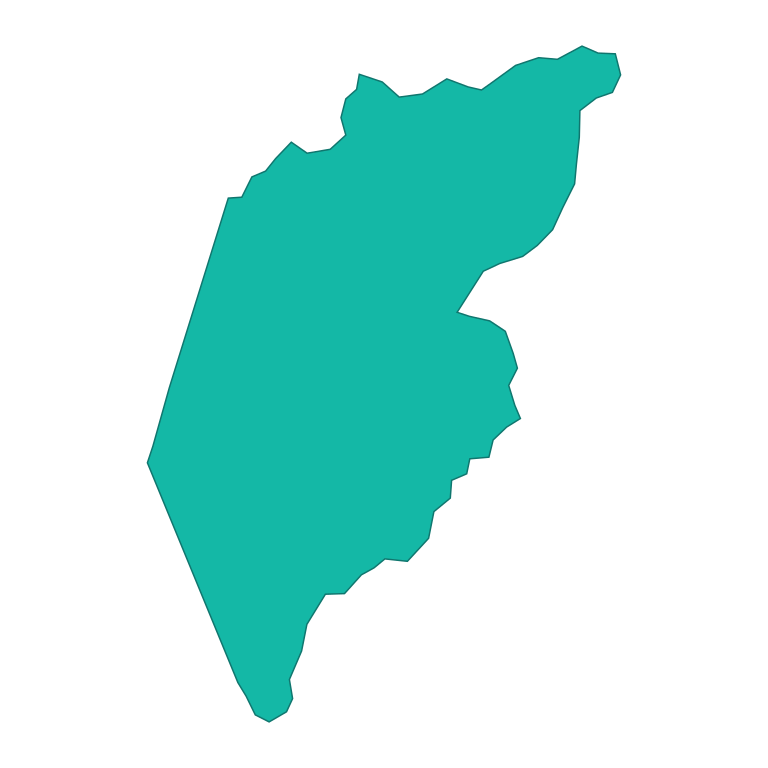 the district of Condado, Pernambuco, Brazil
{"feature_id": "56859067B41671423367831", "entity_name": "Condado", "entity_type": "district", "adm_level": 2, "iso_a3": "BRA", "parent_name": "Brazil", "parent_adm1": "Pernambuco", "projection": "natural_earth1", "projection_center": [-35.084, -7.604], "detail": "fine", "context": "isolated", "style": "filled", "palette": "teal", "viewbox_px": 768, "rotation_deg": 0, "n_neighbors": 0, "source": "geoboundaries", "source_scale": "gbopen_adm2", "svg_char_len": 1025}
<svg xmlns="http://www.w3.org/2000/svg" viewBox="0 0 768 768"><path d="M237.9,682.6L246.1,696.1L255.3,714.9L269.1,721.9L286.5,711.8L292.6,698.6L289.4,679.5L301.6,651.0L306.9,624.3L325.4,594.2L344.5,593.6L361.4,574.8L374.1,567.8L384.9,558.9L407.4,561.3L428.6,538.3L433.9,511.6L450.3,498.1L451.6,480.3L466.7,473.8L469.8,458.8L488.9,457.2L493.1,440.0L506.6,427.1L520.4,418.5L514.8,405.3L508.7,385.4L517.4,368.2L513.2,353.4L505.3,331.3L489.7,320.9L469.3,316.3L457.1,312.3L483.3,271.2L499.7,263.5L522.7,256.4L537.3,245.4L552.6,229.7L562.9,207.3L574.6,183.9L576.4,164.3L579.3,137.3L579.9,110.6L596.3,98.0L612.4,92.4L620.6,74.9L615.3,53.8L598.1,53.1L582.0,46.1L557.4,59.3L538.6,57.7L515.6,65.4L492.3,82.3L481.5,90.0L468.0,86.9L446.8,78.9L422.5,94.0L399.2,97.1L382.3,82.0L359.3,74.3L356.6,89.4L345.8,98.9L341.0,117.6L345.8,135.1L330.2,149.3L307.1,153.2L291.3,142.2L275.7,158.5L265.6,171.1L251.9,176.9L241.8,197.2L228.3,198.1L169.3,387.8L152.9,446.2L147.4,462.8L237.9,682.6Z" fill="#14b8a6" stroke="#0f766e" stroke-width="1.5"/></svg>